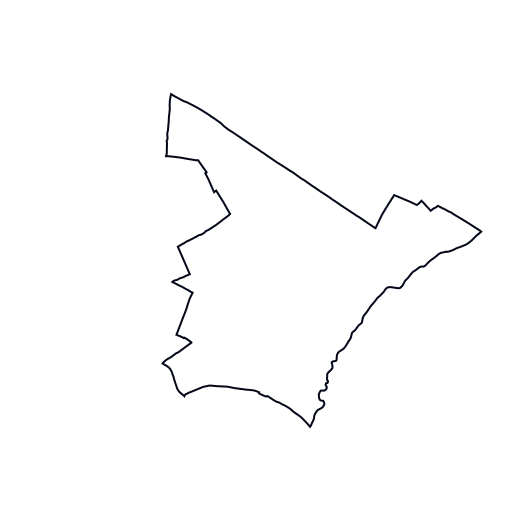 outline of Phasi Charoen, Bangkok Metropolis, Thailand, rotated 127°
{"feature_id": "78962969B24631471480950", "entity_name": "Phasi Charoen", "entity_type": "district", "adm_level": 2, "iso_a3": "THA", "parent_name": "Thailand", "parent_adm1": "Bangkok Metropolis", "projection": "orthographic", "projection_center": [100.442, 13.718], "detail": "fine", "context": "isolated", "style": "outline", "palette": "ink", "viewbox_px": 512, "rotation_deg": 127, "n_neighbors": 0, "source": "geoboundaries", "source_scale": "gbopen_adm2", "svg_char_len": 6102}
<svg xmlns="http://www.w3.org/2000/svg" viewBox="0 0 512 512"><g transform="rotate(127 256 256)"><path d="M230.5,387.9L230.4,387.7L230.1,387.6L229.9,387.3L228.8,385.6L225.7,380.5L222.7,375.2L222.3,374.4L221.5,372.8L220.3,370.4L215.7,361.6L215.1,360.8L214.5,360.1L214.4,359.8L214.4,359.4L214.7,358.9L218.9,345.8L220.4,346.3L223.3,340.3L225.6,336.2L226.6,334.4L227.3,333.2L230.3,327.9L227.7,327.2L232.7,314.3L236.7,305.2L237.9,302.3L237.9,302.1L238.2,301.9L239.4,302.3L240.6,302.4L247.2,304.4L248.7,304.7L254.3,306.3L256.6,307.0L258.5,307.8L260.1,308.2L261.7,309.0L263.7,309.6L265.8,310.8L266.5,311.1L266.9,311.1L268.7,311.3L270.9,312.1L272.7,313.2L273.7,314.1L276.1,315.2L276.6,315.2L277.7,316.0L279.7,316.8L281.2,317.5L282.6,318.3L282.9,318.4L284.1,318.9L284.9,319.4L285.2,319.7L287.1,320.5L289.6,321.4L289.9,321.5L290.0,321.6L290.9,322.1L295.1,323.7L295.6,324.0L310.4,297.9L312.6,299.1L313.6,299.8L317.4,301.7L319.5,303.3L320.6,303.8L321.3,304.0L321.8,304.3L322.6,304.7L324.0,305.9L326.3,307.1L327.1,307.2L326.9,306.1L325.8,299.7L325.1,296.5L324.6,292.5L324.0,289.1L324.0,288.0L323.7,285.6L323.5,284.5L329.4,283.4L331.7,282.7L333.9,282.0L338.2,280.5L340.6,279.6L344.4,278.5L348.5,277.4L357.5,274.8L366.8,272.1L365.7,268.1L365.5,267.5L365.5,267.3L365.0,264.2L364.9,264.1L364.6,264.2L364.4,264.2L364.1,262.6L363.9,260.9L363.9,257.4L363.8,255.6L364.1,255.4L369.2,257.0L378.8,259.8L379.7,260.1L381.7,261.2L382.6,261.5L383.1,261.6L384.3,262.0L387.8,263.0L392.7,265.1L397.0,266.0L398.1,265.9L397.8,263.3L397.8,263.2L397.5,260.8L397.5,259.5L397.5,258.4L397.9,256.6L398.0,256.2L398.4,255.6L398.8,254.4L399.1,253.7L399.4,253.2L400.7,251.6L402.2,249.0L403.1,248.1L405.8,244.3L406.1,243.8L409.6,238.7L409.8,238.2L410.7,235.2L410.8,234.1L410.9,230.4L411.1,228.8L410.1,229.1L409.6,229.1L408.8,229.0L408.1,228.6L407.2,228.0L406.6,227.8L406.3,227.7L405.2,227.2L403.6,226.1L400.0,224.0L392.3,219.4L388.0,215.7L387.3,215.0L382.7,207.7L379.0,202.3L378.2,201.2L377.5,200.0L376.1,197.2L374.0,192.8L373.7,192.4L368.7,183.5L367.4,181.5L364.6,176.7L363.8,174.6L363.0,171.5L363.8,171.2L363.9,170.9L363.9,170.6L362.7,164.9L362.2,163.6L361.9,163.0L361.7,162.8L361.1,162.8L360.9,162.5L360.8,161.6L360.8,161.4L360.6,157.3L360.5,155.8L360.4,154.6L360.0,152.2L360.0,151.4L359.5,150.6L359.2,149.7L358.9,148.0L358.7,145.6L358.2,144.1L358.1,143.2L357.7,140.2L357.7,139.3L357.5,138.3L357.5,135.1L357.8,133.6L357.8,130.7L357.6,126.0L357.6,123.1L357.7,122.0L358.9,114.3L359.7,110.7L359.9,110.1L358.4,110.1L353.9,111.2L352.8,111.3L351.2,111.8L350.2,112.3L348.8,113.2L347.4,113.6L346.9,113.8L343.6,114.1L341.7,114.0L340.4,113.3L338.4,112.3L336.6,111.8L333.7,112.0L333.0,112.4L332.1,113.4L331.4,114.5L331.2,115.2L331.6,115.7L332.3,117.1L332.4,117.6L332.4,118.3L331.9,119.5L331.0,120.6L329.4,122.0L328.6,122.6L328.0,122.8L326.5,123.1L324.9,123.3L324.5,123.2L324.1,122.9L322.8,120.9L322.3,120.4L321.8,120.2L320.3,119.8L319.9,119.8L319.3,119.9L318.9,120.1L317.9,120.8L317.3,122.5L317.0,122.9L316.4,123.2L315.5,123.5L315.3,123.5L315.1,123.4L314.8,122.7L314.4,122.5L313.8,122.6L313.2,122.8L312.6,123.2L312.5,123.6L312.4,124.3L312.2,124.6L310.0,126.3L309.6,126.5L308.7,127.1L307.6,128.0L307.3,128.1L307.0,128.2L305.2,128.1L303.3,127.8L301.5,127.5L299.8,127.5L299.3,127.6L298.7,128.0L296.9,129.7L295.8,131.3L295.3,131.5L295.0,131.6L293.8,131.1L293.3,130.5L292.2,129.5L291.2,129.0L290.7,129.1L289.7,129.6L287.6,131.0L286.5,131.7L285.7,131.9L284.4,132.2L283.2,132.2L282.5,132.1L279.4,130.9L277.3,130.3L274.8,130.1L270.2,130.5L269.8,130.7L268.3,130.8L267.0,130.7L264.6,131.0L262.8,131.7L259.8,133.0L259.4,133.0L258.9,133.0L256.7,132.5L255.9,132.3L255.2,132.2L249.8,132.3L246.7,131.5L245.7,131.4L245.4,131.4L241.3,133.4L240.2,133.7L238.0,134.0L235.1,133.8L231.7,133.9L228.1,134.2L226.0,134.1L224.4,134.0L220.6,133.8L216.2,133.8L213.5,133.1L211.2,132.8L207.5,132.4L204.3,132.6L202.7,132.3L201.9,131.9L201.4,131.6L199.9,129.8L199.5,129.2L198.8,127.9L196.7,124.0L195.8,122.6L195.1,121.9L194.7,121.7L193.2,121.4L191.7,121.2L191.0,121.2L189.3,121.5L185.8,122.0L182.7,121.5L181.5,121.4L178.2,121.4L174.8,121.2L173.6,120.9L172.2,120.3L170.7,119.8L168.0,119.1L166.2,118.5L165.5,118.0L164.4,117.0L163.8,116.1L163.3,115.6L162.0,115.1L161.0,114.9L157.2,114.5L153.5,113.7L151.8,113.1L150.4,112.6L144.8,111.3L142.6,110.5L139.8,108.1L138.0,106.7L138.0,106.2L136.4,104.7L132.8,102.3L129.3,100.6L127.5,99.5L126.3,98.6L124.5,97.5L124.0,97.2L122.4,96.3L121.2,95.5L119.5,94.7L117.1,93.9L113.6,93.1L108.3,92.4L106.2,92.0L104.0,91.4L101.0,90.8L100.9,92.2L101.0,93.6L101.2,95.6L101.6,101.1L101.8,104.4L102.7,114.2L102.9,115.9L103.6,122.1L103.8,124.6L103.8,125.8L104.0,127.2L104.5,129.0L104.6,129.6L105.2,134.4L105.5,134.8L106.4,140.8L106.5,140.9L108.2,141.4L109.7,141.9L111.0,142.7L114.8,143.7L114.7,144.0L114.5,144.4L113.5,150.4L113.0,152.5L112.3,157.1L113.6,157.2L116.8,157.7L118.5,158.3L120.1,166.1L124.2,182.3L127.3,182.0L127.8,182.1L131.9,181.6L134.5,181.6L136.8,181.2L139.2,181.1L146.3,180.3L147.3,180.2L152.4,179.2L161.9,177.3L162.1,177.8L162.1,179.7L162.2,181.5L162.2,182.1L162.5,188.0L162.7,192.5L162.9,197.0L163.3,200.2L163.4,202.7L163.7,207.2L163.7,208.2L164.4,218.9L164.7,227.1L164.9,227.4L164.9,231.4L165.3,238.6L165.7,243.7L165.9,250.5L166.1,252.0L166.2,255.2L166.2,255.5L166.4,259.8L166.4,262.6L166.8,265.8L166.9,267.8L166.9,269.0L166.9,270.0L167.0,270.6L167.0,275.4L167.2,278.9L167.5,279.9L167.5,281.6L167.8,286.3L168.1,290.0L168.3,291.9L168.6,295.2L169.2,308.5L169.3,312.9L169.5,313.6L169.6,317.9L170.0,323.8L170.2,327.2L170.4,332.4L171.1,346.8L171.1,347.4L171.7,354.7L171.6,356.9L171.7,358.7L171.3,362.1L171.0,364.2L171.3,372.1L171.5,374.9L171.7,380.2L172.3,387.1L172.7,390.8L173.6,396.9L173.8,398.1L174.5,401.7L174.7,403.2L175.5,405.8L175.6,406.4L175.8,407.0L176.1,408.5L176.5,411.2L177.2,415.9L177.5,417.8L177.8,421.2L179.5,420.5L183.6,418.4L188.3,415.2L189.5,414.0L190.2,413.5L193.3,411.6L196.9,409.5L200.7,406.9L205.4,404.0L206.9,403.0L209.2,401.7L210.8,401.0L211.7,400.5L215.6,397.2L215.9,397.0L217.5,396.8L217.7,396.7L219.7,394.8L221.0,393.9L227.9,388.9L229.5,388.2L230.0,388.2L230.5,387.9Z" fill="none" stroke="#020617" stroke-width="2"/></g></svg>